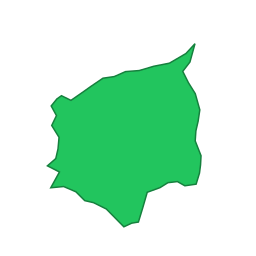 Akaki, Nicosia, Cyprus (orthographic projection), rotated 193°
{"feature_id": "46923920B34645975102782", "entity_name": "Akaki", "entity_type": "district", "adm_level": 2, "iso_a3": "CYP", "parent_name": "Cyprus", "parent_adm1": "Nicosia", "projection": "orthographic", "projection_center": [33.13, 35.134], "detail": "fine", "context": "isolated", "style": "filled", "palette": "green", "viewbox_px": 256, "rotation_deg": 193, "n_neighbors": 0, "source": "geoboundaries", "source_scale": "gbopen_adm2", "svg_char_len": 716}
<svg xmlns="http://www.w3.org/2000/svg" viewBox="0 0 256 256"><g transform="rotate(193 128 128)"><path d="M96.7,38.7L95.7,53.2L94.8,69.7L83.4,77.1L76.8,83.7L67.8,86.9L59.6,84.5L49.0,88.6L48.2,100.1L49.0,108.3L50.6,117.4L59.6,130.5L61.2,140.4L61.2,150.3L62.1,161.8L70.2,176.6L79.3,185.7L87.4,195.5L82.5,206.2L81.7,225.2L88.3,213.6L102.2,200.5L116.9,193.9L130.0,186.5L143.1,182.4L153.0,175.0L163.6,170.9L173.5,160.2L181.6,151.1L189.8,142.1L200.1,144.5L203.8,140.4L207.8,132.2L200.5,124.0L202.9,113.3L193.1,103.4L191.5,91.9L191.5,82.0L198.0,73.0L184.9,69.7L189.8,52.4L177.5,56.5L164.4,54.1L153.8,47.5L144.8,47.5L130.9,44.2L109.8,30.8L103.0,36.1L96.7,38.7Z" fill="#22c55e" stroke="#15803d" stroke-width="1.5"/></g></svg>